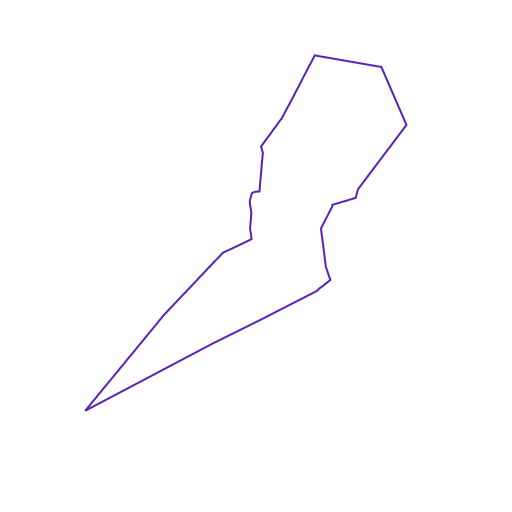 outline of Tibesti Ouest, Tibesti, Chad, rotated 37°
{"feature_id": "50815135B44379234996248", "entity_name": "Tibesti Ouest", "entity_type": "district", "adm_level": 2, "iso_a3": "TCD", "parent_name": "Chad", "parent_adm1": "Tibesti", "projection": "robinson", "projection_center": [15.609, 20.194], "detail": "fine", "context": "isolated", "style": "outline", "palette": "violet", "viewbox_px": 512, "rotation_deg": 37, "n_neighbors": 0, "source": "geoboundaries", "source_scale": "gbopen_adm2", "svg_char_len": 3553}
<svg xmlns="http://www.w3.org/2000/svg" viewBox="0 0 512 512"><g transform="rotate(37 256 256)"><path d="M297.3,60.8L242.4,29.6L182.3,60.4L182.2,60.4L182.2,60.8L182.3,60.9L182.6,62.6L182.6,63.0L183.0,65.3L183.6,68.7L183.8,69.8L184.0,71.0L184.0,71.3L184.4,74.0L185.0,77.3L185.3,79.1L186.4,86.0L187.2,90.2L187.9,94.6L189.1,101.8L189.4,103.2L189.4,103.3L189.6,104.1L189.6,104.5L189.7,105.0L190.5,109.9L190.8,112.0L190.8,112.4L190.9,112.7L191.1,113.4L191.3,115.1L192.1,120.6L193.0,125.7L193.0,125.9L193.4,128.5L193.5,129.3L193.8,130.7L193.7,131.5L193.7,132.7L193.8,138.1L193.9,139.6L193.9,140.8L193.8,144.2L193.8,145.3L193.9,146.1L193.9,146.8L194.0,155.7L194.1,162.6L193.9,162.9L194.1,163.9L194.1,164.5L194.1,165.4L194.1,165.5L194.4,165.7L198.5,168.8L199.6,169.6L199.8,170.1L200.0,170.5L200.3,171.0L201.6,172.9L202.1,173.9L202.8,175.0L203.5,176.1L203.6,176.4L204.3,177.5L206.4,180.9L207.1,181.9L207.6,182.8L208.9,184.7L209.6,185.9L210.2,186.8L210.7,187.7L210.7,187.9L211.4,188.7L212.3,190.3L213.4,192.0L218.0,199.3L219.9,202.3L219.6,202.7L218.2,203.9L218.1,204.0L216.9,205.0L216.3,205.7L216.0,206.1L215.5,207.0L215.4,207.4L215.1,208.1L215.3,209.1L215.5,209.8L215.6,210.0L215.7,210.4L216.5,212.3L217.1,213.7L217.2,214.1L217.8,215.5L219.2,217.4L219.5,217.7L220.8,219.1L222.2,220.3L224.2,222.1L226.1,224.2L227.2,225.6L227.8,226.7L228.2,227.3L228.4,227.5L228.7,228.0L228.8,228.1L229.9,229.9L231.3,232.2L231.4,232.6L232.4,233.9L232.7,234.4L234.1,236.7L234.4,237.3L235.8,238.7L237.7,240.5L237.9,240.7L241.5,244.4L241.7,244.7L242.3,245.2L242.1,245.7L241.4,246.9L237.5,254.6L237.2,255.1L236.2,257.1L232.7,263.8L232.5,264.2L232.2,264.8L229.6,269.6L228.1,272.4L227.8,272.9L227.7,273.2L227.4,274.9L227.2,275.7L227.2,275.8L227.2,276.1L227.3,276.4L227.3,276.5L226.9,280.5L226.8,281.0L226.7,281.9L226.3,284.6L226.2,285.1L226.2,285.5L226.0,285.8L225.9,286.0L226.1,286.4L226.0,287.4L225.7,289.7L225.6,291.0L225.4,291.4L225.4,291.6L225.5,292.1L225.4,292.1L225.4,292.8L225.2,293.4L225.1,293.8L225.2,294.0L225.2,294.3L224.9,296.2L224.7,298.3L224.5,301.1L224.4,301.2L224.3,301.7L224.3,302.8L224.3,303.2L223.8,305.9L223.7,307.0L223.3,311.5L223.2,312.5L223.0,313.4L223.0,313.9L223.0,314.3L222.8,315.7L222.7,316.8L221.9,323.7L221.7,324.5L221.6,326.0L221.8,326.7L221.4,328.0L220.8,332.8L220.8,333.1L220.7,334.0L220.7,334.4L220.4,336.5L220.3,337.1L219.9,341.4L219.9,341.7L219.8,341.9L219.3,346.9L219.1,347.8L219.1,348.5L219.1,348.8L218.8,350.6L218.5,353.4L218.4,355.1L218.3,355.5L218.2,356.7L218.1,357.3L218.0,358.0L217.9,359.4L217.7,364.5L217.5,366.1L217.6,366.4L217.6,367.5L217.6,368.1L217.5,370.2L217.4,373.3L217.3,375.0L217.2,376.9L216.8,385.7L216.8,386.9L216.7,388.7L216.5,394.1L216.5,394.4L216.5,394.5L216.2,398.9L216.1,403.1L216.1,403.3L215.9,408.7L215.7,412.1L215.6,414.2L215.6,414.7L215.5,415.1L215.5,417.2L215.5,417.3L215.4,419.1L215.5,419.8L215.5,420.1L215.4,420.9L215.4,421.2L215.3,423.0L215.1,425.5L215.0,428.7L215.0,429.2L215.0,429.5L215.0,430.8L214.6,436.3L214.7,436.6L214.7,437.0L214.6,438.5L214.2,447.3L214.0,452.0L213.8,456.1L213.8,457.1L213.8,457.3L213.8,458.5L213.6,460.8L213.5,462.0L213.6,462.6L213.5,464.9L213.5,465.8L213.4,466.8L213.5,467.0L213.4,467.6L213.3,469.0L213.1,471.8L213.1,472.8L213.1,473.6L213.1,475.9L213.0,477.0L212.9,478.2L212.9,478.9L212.9,479.8L212.8,480.5L212.8,481.2L212.8,482.4L213.6,480.6L274.1,351.9L297.0,306.3L325.6,247.4L326.0,244.6L326.1,244.0L327.4,239.8L329.8,230.4L318.4,222.7L304.3,208.2L291.3,194.9L287.0,170.0L286.2,169.2L300.6,149.6L297.3,141.3L297.3,117.7L297.3,60.8Z" fill="none" stroke="#5b21b6" stroke-width="2"/></g></svg>